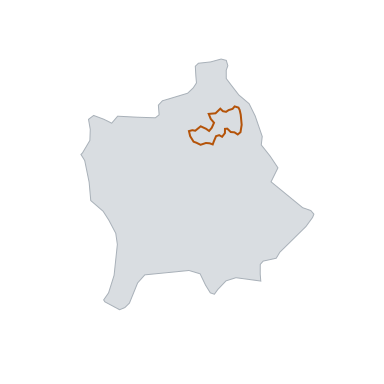 Kosovska Mitrovica on a map of Kosovo (Mercator projection), rotated 20°
{"feature_id": "KOS-5894", "entity_name": "Kosovska Mitrovica", "entity_type": "District", "adm_level": 1, "iso_a3": "XKX", "parent_name": "Kosovo", "parent_adm1": "", "projection": "mercator", "projection_center": [20.905, 42.931], "detail": "fine", "context": "in_parent", "style": "outline", "palette": "amber", "viewbox_px": 384, "rotation_deg": 20, "n_neighbors": 0, "source": "natural_earth", "source_scale": "10m", "svg_char_len": 1540}
<svg xmlns="http://www.w3.org/2000/svg" viewBox="0 0 384 384"><g transform="rotate(20 192 192)"><path d="M114.5,140.6L132.2,134.8L134.7,130.7L130.7,121.9L133.0,116.4L154.1,100.7L157.6,93.6L158.9,88.0L156.1,82.0L152.1,72.7L154.0,68.8L165.0,63.4L173.9,57.1L179.2,56.6L182.5,61.1L182.5,65.8L185.4,73.7L191.9,77.9L202.8,84.8L215.5,89.5L225.4,99.0L239.0,115.8L241.0,124.1L253.2,131.6L264.5,139.9L262.8,155.4L301.3,168.9L310.0,168.8L314.1,171.1L314.0,174.7L310.9,185.4L295.1,218.6L293.8,225.4L282.5,232.6L280.9,236.7L284.2,245.9L287.1,252.2L286.9,252.2L262.6,257.5L254.4,263.8L249.6,274.7L248.0,280.4L243.7,280.5L236.6,274.9L227.6,266.1L215.9,266.8L176.0,286.0L172.0,296.0L171.2,317.8L168.4,323.6L164.2,327.4L147.7,325.0L145.9,323.6L148.1,315.3L147.3,297.0L139.8,266.8L134.5,256.9L123.6,247.0L115.1,240.5L99.8,234.7L92.0,218.0L80.4,199.1L74.8,194.7L75.7,192.8L78.4,178.5L75.0,168.0L69.9,159.1L73.4,153.7L84.1,153.8L93.0,154.8L96.2,146.2L114.5,140.6Z" fill="#d9dde1" stroke="#a8b0b8" stroke-width="1"/><path d="M206.8,96.8L208.7,98.6L211.3,102.6L215.7,111.9L217.1,119.2L215.3,122.3L211.5,121.4L207.9,122.4L203.5,120.4L201.4,121.4L202.8,125.4L201.4,129.8L198.1,129.3L195.5,131.3L195.2,137.3L195.2,140.2L191.9,140.2L188.3,141.2L183.9,144.7L179.2,144.2L176.3,144.2L171.2,140.2L168.3,135.8L171.2,133.8L174.1,133.3L177.7,127.3L183.6,127.8L187.2,128.8L188.6,124.9L189.0,119.4L184.6,116.9L181.0,112.9L187.2,110.0L190.1,104.0L193.4,105.5L196.6,105.0L198.4,102.5L201.7,100.0L202.8,97.0L206.8,96.8Z" fill="none" stroke="#b45309" stroke-width="2"/></g></svg>